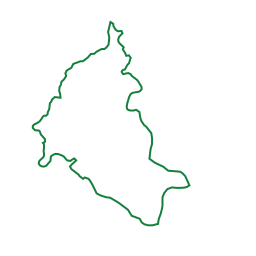 the district of General Câmara, Rio Grande do Sul, Brazil, rotated 33°
{"feature_id": "56859067B97267452374652", "entity_name": "General Câmara", "entity_type": "district", "adm_level": 2, "iso_a3": "BRA", "parent_name": "Brazil", "parent_adm1": "Rio Grande do Sul", "projection": "natural_earth1", "projection_center": [-51.935, -29.838], "detail": "fine", "context": "isolated", "style": "outline", "palette": "green", "viewbox_px": 256, "rotation_deg": 33, "n_neighbors": 0, "source": "geoboundaries", "source_scale": "gbopen_adm2", "svg_char_len": 2208}
<svg xmlns="http://www.w3.org/2000/svg" viewBox="0 0 256 256"><g transform="rotate(33 128 128)"><path d="M178.9,199.6L187.3,197.7L190.8,199.7L193.0,199.8L194.4,199.8L198.2,198.5L199.6,197.5L201.5,196.3L205.5,192.0L204.3,189.8L203.3,187.3L202.0,181.6L200.5,177.4L199.2,174.3L194.7,167.4L194.2,164.9L193.8,163.0L194.3,157.8L197.2,153.9L201.3,151.8L206.4,148.4L208.5,146.5L209.6,145.2L210.7,142.6L202.2,137.2L198.6,136.3L195.4,136.3L185.0,141.9L180.8,141.5L179.0,141.2L169.6,142.5L162.7,142.1L158.5,133.5L156.9,128.4L153.6,123.3L150.3,119.6L142.5,117.0L140.0,116.8L138.6,116.2L135.7,115.0L133.5,113.4L131.4,111.3L128.9,108.4L124.9,108.3L123.0,110.5L119.7,112.4L118.0,112.7L116.6,112.3L115.4,111.0L113.9,107.6L112.0,101.1L111.8,98.0L112.8,95.9L117.0,92.0L118.0,90.5L118.3,88.0L116.9,86.1L112.2,83.9L109.7,82.8L102.5,82.2L101.0,81.4L98.2,81.8L94.6,85.5L92.1,84.4L91.9,82.7L93.5,80.4L93.1,75.3L93.6,73.1L92.6,69.8L92.0,67.6L89.1,66.6L87.2,68.4L85.0,66.8L80.9,64.9L80.4,62.6L74.8,61.6L72.8,60.7L71.6,59.2L70.9,56.7L71.1,54.7L71.8,51.6L69.8,50.2L66.7,52.4L63.8,52.2L60.2,50.4L58.8,48.6L55.6,48.7L59.0,58.3L63.1,62.4L66.3,68.7L66.0,72.4L65.2,74.6L63.1,75.9L61.3,78.8L60.0,81.3L59.3,84.1L56.5,86.2L55.9,90.9L53.8,96.6L51.7,98.0L50.0,100.4L47.2,104.1L47.7,108.5L46.6,110.4L45.3,113.4L45.7,116.2L47.7,117.9L47.9,119.7L47.8,122.4L47.0,125.4L48.2,128.5L48.4,131.3L50.2,134.5L52.4,136.2L54.9,139.4L49.8,141.9L48.8,145.3L49.3,147.9L49.0,149.8L51.6,154.9L52.1,158.4L53.1,160.3L52.5,162.5L51.1,163.2L50.4,164.9L50.5,167.4L50.3,170.6L48.9,173.8L47.6,175.6L47.0,178.0L48.1,179.8L51.4,180.5L54.5,178.7L56.1,179.0L58.4,180.9L64.3,182.5L65.9,184.7L64.8,186.9L66.2,187.2L68.2,190.1L69.7,193.2L71.8,195.6L72.8,197.3L72.7,199.6L71.9,202.3L71.6,204.4L72.6,206.6L75.0,207.4L77.3,206.9L78.8,205.9L80.1,204.0L80.4,200.9L80.9,197.9L78.8,193.8L79.7,191.5L81.0,189.4L83.6,187.9L87.2,187.1L89.9,186.9L92.3,187.7L94.4,188.3L96.3,187.6L97.6,187.0L98.6,184.4L99.5,182.8L102.2,183.4L100.6,189.6L100.3,191.8L102.9,193.3L112.0,194.0L113.4,194.7L118.0,195.1L118.6,193.1L122.5,192.1L124.2,192.6L127.9,194.3L137.3,199.9L141.2,199.6L147.3,198.0L151.0,196.2L160.8,195.8L172.5,196.6L178.9,199.6Z" fill="none" stroke="#15803d" stroke-width="2"/></g></svg>